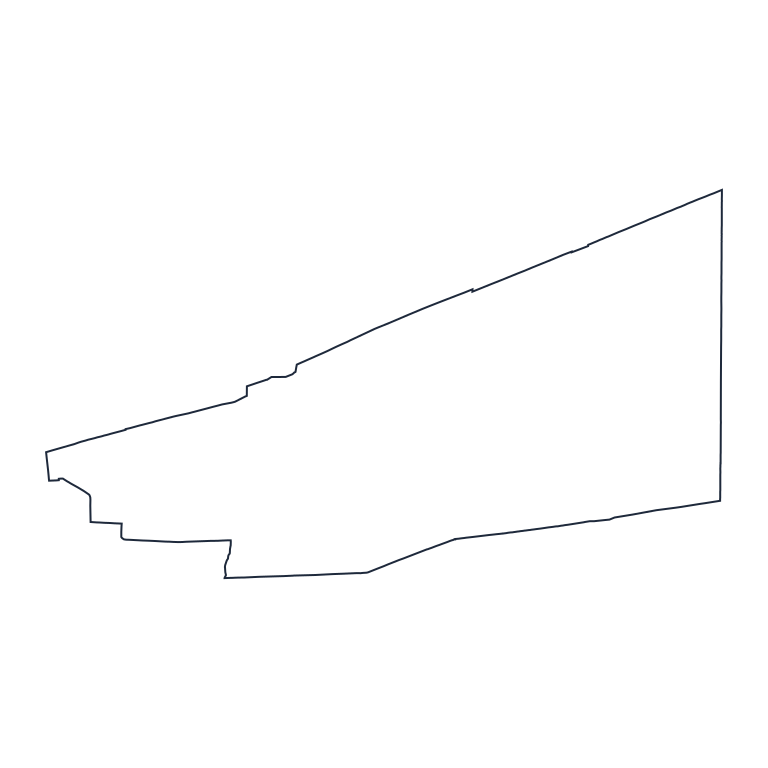 the district of Lam Luk Ka, Pathum Thani, Thailand
{"feature_id": "78962969B96049441570436", "entity_name": "Lam Luk Ka", "entity_type": "district", "adm_level": 2, "iso_a3": "THA", "parent_name": "Thailand", "parent_adm1": "Pathum Thani", "projection": "natural_earth1", "projection_center": [100.778, 13.992], "detail": "fine", "context": "isolated", "style": "outline", "palette": "slate", "viewbox_px": 768, "rotation_deg": 0, "n_neighbors": 0, "source": "geoboundaries", "source_scale": "gbopen_adm2", "svg_char_len": 5901}
<svg xmlns="http://www.w3.org/2000/svg" viewBox="0 0 768 768"><path d="M720.6,463.1L720.6,460.2L720.6,454.8L720.7,452.6L720.7,450.1L720.8,424.9L720.9,422.5L720.8,419.4L720.9,381.1L721.1,346.5L721.2,339.9L721.2,338.0L721.2,334.9L721.2,332.0L721.2,329.3L721.3,326.6L721.3,323.7L721.3,320.6L721.3,316.5L721.3,315.2L721.4,309.1L721.3,300.9L721.3,297.0L721.4,291.9L721.4,283.7L721.5,280.0L721.4,279.3L721.4,276.7L721.5,273.4L721.5,270.3L721.5,266.7L721.5,262.7L721.6,259.2L721.6,255.5L721.6,251.8L721.6,247.7L721.6,243.0L721.6,242.4L721.7,241.7L721.7,241.4L721.7,241.1L721.6,240.6L721.7,236.3L721.7,235.9L721.6,235.5L721.6,235.4L721.8,233.9L721.6,233.3L721.6,233.1L721.7,231.7L721.7,231.4L721.6,231.1L721.6,230.9L721.7,230.7L721.7,230.1L721.7,228.2L721.8,225.2L721.8,218.8L721.8,211.2L721.8,210.2L721.8,209.3L721.8,207.6L721.7,207.1L721.8,206.5L721.8,205.4L721.8,203.6L721.8,202.1L721.9,201.2L721.9,200.8L721.8,199.5L721.9,195.4L721.9,189.9L713.7,193.3L709.9,194.7L705.6,196.5L702.5,197.7L698.5,199.2L694.1,201.0L692.5,201.7L690.1,202.6L689.2,203.0L687.2,203.8L685.8,204.5L683.8,205.4L682.3,206.0L681.0,206.6L677.1,208.0L673.9,209.4L671.1,210.6L666.6,212.3L656.9,216.4L649.7,219.2L645.3,221.2L642.2,222.5L634.7,225.5L628.5,228.1L626.4,229.0L618.6,232.1L613.0,234.5L608.6,236.4L608.1,236.6L606.6,237.1L603.4,238.5L602.3,239.0L601.4,239.3L599.6,240.0L596.8,241.3L594.3,242.3L590.8,243.8L588.2,244.8L588.1,246.1L585.2,247.2L580.2,249.1L571.7,252.3L571.7,251.6L563.0,254.9L552.3,259.4L542.2,263.5L532.3,267.5L524.2,270.9L517.8,273.4L500.6,280.4L491.7,283.9L479.8,288.7L472.4,291.7L472.5,289.3L464.1,292.7L457.5,295.2L446.6,299.4L439.1,302.3L430.7,305.6L422.7,308.8L408.6,314.7L388.9,323.1L378.0,327.5L374.4,329.0L354.4,338.4L350.1,340.4L349.0,341.0L347.2,341.9L341.7,344.3L336.4,346.7L332.0,348.8L327.7,350.9L322.6,353.2L316.2,356.0L315.5,356.3L313.8,357.1L309.0,359.2L306.3,360.4L304.3,361.3L301.5,362.5L296.8,364.6L296.2,367.7L295.5,371.9L295.4,372.0L294.1,372.6L293.9,372.9L293.3,373.5L292.8,373.9L292.3,374.3L286.0,376.8L285.8,376.9L278.9,377.0L271.5,377.0L271.3,377.1L267.0,379.8L266.7,379.8L266.3,379.8L264.9,380.3L261.9,381.3L257.0,382.9L252.6,384.4L246.9,386.3L246.8,395.9L244.6,396.8L243.6,397.4L243.1,397.6L235.1,401.7L233.8,402.1L231.4,402.7L222.3,404.4L221.1,404.7L218.2,405.5L213.1,406.8L207.5,408.3L198.0,410.8L193.5,412.0L192.6,412.2L188.6,413.3L187.2,413.6L176.4,415.9L173.4,416.6L155.4,421.3L152.3,422.3L149.7,422.9L140.8,425.2L140.6,425.2L130.1,428.1L125.6,429.1L125.6,429.8L121.3,431.0L113.7,433.0L109.6,434.1L109.1,434.3L106.5,435.0L104.3,435.5L103.9,435.6L102.4,436.1L100.9,436.5L98.8,437.0L97.4,437.3L96.1,437.7L94.8,438.1L91.6,438.9L88.2,439.7L85.4,440.6L84.6,440.8L81.2,441.7L78.7,442.5L74.6,444.0L63.7,447.1L55.3,449.5L52.5,450.3L46.1,452.2L46.7,458.0L48.1,470.4L48.6,475.6L48.9,479.1L49.1,480.7L56.5,480.4L58.8,480.2L58.8,478.8L60.9,478.6L62.9,478.6L65.2,480.1L66.0,480.6L67.7,481.7L68.4,482.0L70.1,483.1L72.2,484.3L77.8,487.4L84.1,491.2L88.9,494.5L89.2,494.8L89.5,495.2L89.9,496.2L90.3,497.4L90.3,498.2L90.4,498.9L90.4,500.4L90.3,505.7L90.4,511.1L90.6,522.0L96.5,522.4L99.5,522.5L104.2,522.8L107.1,522.9L110.0,523.0L114.4,523.3L121.7,523.6L121.5,526.5L121.4,529.3L121.3,531.7L121.3,535.1L121.3,536.6L121.3,536.9L121.4,537.2L121.6,537.5L122.3,538.2L123.0,538.7L123.5,539.1L124.1,539.4L124.4,539.4L124.8,539.5L125.5,539.6L126.5,539.7L129.7,539.8L142.6,540.5L148.4,540.7L154.9,541.0L160.1,541.3L165.4,541.6L169.5,541.7L172.8,541.9L178.5,542.1L182.5,542.0L185.3,541.8L187.6,541.7L204.8,541.1L210.1,540.9L217.8,540.8L221.2,540.6L226.1,540.4L228.5,540.3L229.7,540.3L230.7,540.3L230.8,541.6L230.7,545.3L230.6,545.8L230.4,546.7L230.2,547.9L230.0,549.0L229.9,551.1L229.8,553.1L229.7,553.5L229.6,553.8L229.1,554.3L228.9,554.6L228.7,554.9L228.5,555.3L228.3,555.9L228.2,556.4L228.2,556.5L228.0,558.3L228.0,558.5L227.9,558.7L227.7,559.1L226.9,560.2L226.8,560.5L226.5,561.2L225.3,564.8L225.2,565.1L225.0,566.4L224.9,567.1L225.0,567.3L225.2,570.5L225.3,572.0L225.4,572.7L225.8,574.4L225.9,574.9L225.9,575.1L225.9,575.3L225.8,575.5L224.7,577.5L224.6,578.1L224.8,578.1L230.1,577.9L231.2,577.9L235.5,577.7L238.3,577.6L244.6,577.5L259.3,576.8L276.4,576.3L283.7,576.1L292.5,575.7L293.7,575.6L294.3,575.5L296.0,575.5L296.3,575.5L315.5,575.0L332.5,574.1L343.5,573.7L357.1,573.1L358.3,573.1L360.5,573.2L362.0,573.0L363.1,572.9L366.4,572.7L367.9,572.4L378.0,568.4L383.7,566.2L388.2,564.3L399.1,560.0L403.3,558.5L426.8,549.4L427.2,549.3L427.8,549.2L429.9,548.4L431.4,547.9L435.5,546.3L437.4,545.6L439.2,545.0L441.3,544.2L447.6,541.9L449.8,541.0L452.4,540.1L452.7,540.1L452.8,540.1L453.5,539.8L453.5,539.7L453.8,539.5L454.2,539.4L454.7,539.4L455.2,539.4L455.2,539.0L458.6,538.7L461.5,538.3L464.2,538.0L466.1,537.7L472.5,537.0L481.7,535.9L485.0,535.5L489.1,535.0L492.9,534.6L496.4,534.2L499.5,533.9L502.1,533.6L502.3,533.5L502.5,533.6L502.9,533.6L503.8,533.4L504.0,533.4L504.8,533.3L506.4,533.1L507.3,532.9L508.5,532.7L511.0,532.4L511.5,532.4L512.8,532.3L513.2,532.2L514.4,532.0L514.8,532.0L515.3,531.9L515.9,531.8L516.8,531.7L517.0,531.6L519.1,531.4L519.5,531.3L520.7,531.1L520.9,531.1L521.8,531.0L522.8,530.9L523.4,530.8L524.6,530.6L525.5,530.5L525.9,530.5L527.1,530.3L528.1,530.2L528.5,530.1L529.9,530.0L531.7,529.7L534.2,529.4L535.5,529.2L537.0,529.0L540.3,528.6L544.4,528.0L548.3,527.4L550.9,527.1L553.3,526.8L555.1,526.5L557.2,526.3L557.9,526.3L561.2,525.7L563.0,525.5L564.0,525.3L564.5,525.2L565.9,525.0L567.6,524.8L584.2,522.2L584.3,522.1L589.8,521.2L594.1,521.2L605.3,520.0L609.5,519.6L614.6,517.5L632.4,514.6L656.4,510.2L675.7,507.7L681.3,506.9L700.0,503.9L704.9,503.2L720.1,500.8L720.1,499.9L720.1,499.0L720.2,497.8L720.2,496.4L720.2,494.5L720.2,493.7L720.2,491.7L720.3,490.2L720.3,488.8L720.3,487.3L720.3,485.5L720.3,483.6L720.3,482.2L720.3,474.9L720.4,472.3L720.3,468.5L720.4,467.0L720.4,465.4L720.5,463.8L720.5,463.6L720.5,463.1L720.6,463.1Z" fill="none" stroke="#1e293b" stroke-width="2"/></svg>